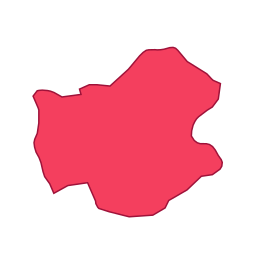 map outline of Punakha (Mercator projection), rotated 10°
{"feature_id": "BTN-2440", "entity_name": "Punakha", "entity_type": "District", "adm_level": 1, "iso_a3": "BTN", "parent_name": "Bhutan", "parent_adm1": "", "projection": "mercator", "projection_center": [89.835, 27.687], "detail": "fine", "context": "isolated", "style": "filled", "palette": "rose", "viewbox_px": 256, "rotation_deg": 10, "n_neighbors": 0, "source": "natural_earth", "source_scale": "10m", "svg_char_len": 1124}
<svg xmlns="http://www.w3.org/2000/svg" viewBox="0 0 256 256"><g transform="rotate(10 128 128)"><path d="M211.3,68.2L211.9,83.8L207.4,92.7L202.8,96.8L195.6,104.6L193.9,107.1L192.7,110.0L191.6,113.9L191.2,119.7L191.8,124.9L195.4,128.8L198.7,130.5L201.8,130.9L207.9,129.9L211.1,130.1L214.5,131.6L217.8,134.6L221.6,139.3L225.3,143.0L226.8,145.5L227.0,149.3L225.8,152.5L219.2,159.3L208.6,162.8L196.9,178.7L180.7,192.3L178.4,200.3L167.6,209.5L144.7,215.2L144.1,215.2L125.0,213.8L124.4,213.8L113.3,212.3L111.9,211.2L109.5,208.1L108.7,205.5L101.0,193.9L97.7,188.9L78.8,195.1L66.3,205.2L60.6,196.5L54.4,190.4L51.9,185.7L48.3,177.2L45.5,172.5L41.7,167.8L39.3,163.0L38.0,158.8L38.1,155.3L39.6,149.0L39.3,138.6L37.1,125.9L36.1,123.9L29.0,113.1L32.1,107.1L33.9,106.4L37.0,105.6L42.3,105.1L45.3,105.2L49.0,105.9L57.6,108.9L75.9,103.1L73.5,98.1L82.4,92.1L89.9,90.8L103.0,89.8L118.2,70.1L127.0,54.8L129.8,50.9L132.5,48.3L134.9,47.4L141.0,46.2L143.3,46.0L146.4,45.3L149.7,44.2L155.2,41.6L158.4,40.8L161.0,41.2L163.6,42.9L174.8,52.3L196.3,61.0L201.7,65.1L203.6,66.3L211.3,68.2Z" fill="#f43f5e" stroke="#9f1239" stroke-width="1.5"/></g></svg>